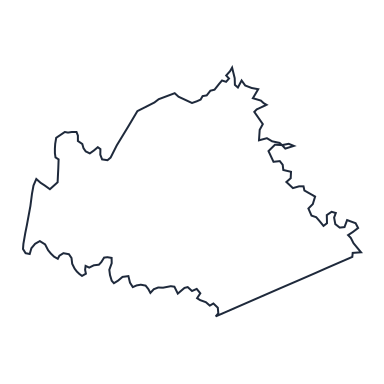 Santo Cristo, Rio Grande do Sul, Brazil (Albers equal-area conic projection)
{"feature_id": "56859067B84968133223300", "entity_name": "Santo Cristo", "entity_type": "district", "adm_level": 2, "iso_a3": "BRA", "parent_name": "Brazil", "parent_adm1": "Rio Grande do Sul", "projection": "albers", "projection_center": [-54.717, -27.788], "detail": "fine", "context": "isolated", "style": "outline", "palette": "slate", "viewbox_px": 384, "rotation_deg": 0, "n_neighbors": 0, "source": "geoboundaries", "source_scale": "gbopen_adm2", "svg_char_len": 2350}
<svg xmlns="http://www.w3.org/2000/svg" viewBox="0 0 384 384"><path d="M64.8,132.0L56.2,137.8L55.2,143.8L54.9,148.4L54.9,153.2L55.5,157.4L58.6,159.4L58.3,168.0L57.6,182.3L49.9,189.2L44.6,185.4L40.6,182.8L36.3,179.0L33.5,185.5L32.0,193.7L30.4,206.0L26.8,225.5L25.3,232.9L24.1,239.8L23.4,243.8L23.0,249.0L25.6,253.2L29.7,254.0L31.4,248.2L35.1,243.8L39.8,241.1L45.1,244.4L48.1,250.2L50.9,253.6L54.1,256.7L57.8,258.8L59.4,255.7L63.4,253.2L68.9,254.2L71.5,258.0L72.2,263.8L74.6,268.6L76.8,271.5L79.3,273.9L82.0,275.9L85.9,273.7L85.1,269.8L85.6,265.9L89.2,267.6L93.8,265.3L98.9,264.7L101.3,262.1L104.1,257.6L107.4,257.2L111.6,257.9L111.7,263.2L109.3,269.8L110.0,275.1L111.7,280.7L113.9,283.2L118.0,280.7L122.5,276.9L128.4,276.1L130.0,282.7L132.8,287.1L136.7,285.4L140.8,284.7L145.6,285.6L148.3,289.0L150.4,292.9L153.8,289.2L158.2,287.5L163.0,287.7L170.8,286.2L174.4,286.7L177.8,293.6L184.5,287.9L187.7,287.1L192.0,291.0L196.7,288.9L200.3,293.3L197.1,298.2L200.1,300.1L205.9,302.2L209.8,305.6L213.4,303.5L217.8,307.7L218.3,313.3L215.7,316.4L266.8,294.1L280.1,288.3L300.3,279.6L315.7,272.9L326.5,268.1L352.3,256.9L352.7,252.9L361.0,252.3L353.5,243.2L350.8,237.9L348.1,235.1L352.7,232.1L358.1,228.0L355.6,223.2L347.1,220.1L344.5,227.1L339.7,227.6L335.3,224.1L334.1,217.6L335.8,213.0L331.6,211.8L326.8,215.1L327.0,223.2L323.5,225.9L319.5,221.0L316.2,217.2L311.5,215.6L308.4,208.5L312.8,204.1L315.1,196.6L304.4,190.5L303.5,186.3L299.2,186.3L292.9,188.1L289.2,184.6L286.4,182.0L290.7,178.2L291.0,171.8L283.3,170.0L282.7,164.8L279.8,161.1L273.5,161.8L268.5,151.1L275.0,144.7L282.0,145.1L279.6,142.9L272.1,141.3L266.9,138.2L259.0,140.3L259.7,129.8L262.8,124.1L254.3,111.9L256.7,109.4L266.5,104.8L263.6,103.1L260.9,100.6L252.9,98.2L258.2,89.2L251.7,88.0L245.2,85.5L241.6,80.5L237.9,87.5L234.9,84.9L234.7,78.2L232.1,67.6L230.1,71.1L226.2,75.5L229.0,78.5L226.1,81.8L222.0,80.5L219.1,83.9L216.9,86.7L214.5,89.7L210.4,90.7L206.7,95.4L202.6,96.1L200.6,99.6L196.8,101.3L192.0,103.0L178.5,96.7L174.7,93.2L158.7,99.2L154.4,102.5L137.4,111.1L128.2,126.6L116.8,145.3L110.6,157.6L107.5,160.2L102.1,159.4L100.3,154.7L100.4,149.1L97.8,147.2L93.9,150.5L89.8,153.4L85.7,151.4L83.5,148.2L82.3,144.0L77.9,141.0L77.9,135.6L76.5,132.0L71.8,132.0L68.0,132.6L64.8,132.0ZM282.0,145.1L285.3,148.6L293.8,145.9L288.7,143.8L282.0,145.1Z" fill="none" stroke="#1e293b" stroke-width="2"/></svg>